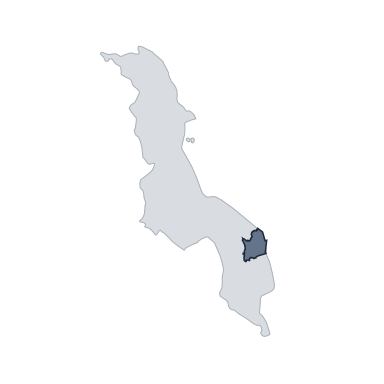 location of Machinga, Machinga, Malawi, rotated 344°
{"feature_id": "42251766B63150381936487", "entity_name": "Machinga", "entity_type": "district", "adm_level": 2, "iso_a3": "MWI", "parent_name": "Malawi", "parent_adm1": "Machinga", "projection": "robinson", "projection_center": [35.39, -14.905], "detail": "fine", "context": "in_parent", "style": "filled", "palette": "slate", "viewbox_px": 384, "rotation_deg": 344, "n_neighbors": 0, "source": "geoboundaries", "source_scale": "gbopen_adm2", "svg_char_len": 6732}
<svg xmlns="http://www.w3.org/2000/svg" viewBox="0 0 384 384"><g transform="rotate(344 192 192)"><path d="M152.7,222.8L150.8,219.9L149.2,220.6L147.0,222.7L145.8,223.3L145.2,223.2L144.8,222.7L144.3,221.3L142.6,217.5L140.6,214.8L138.6,213.7L137.0,212.5L137.7,211.3L138.5,210.4L138.1,209.5L137.2,208.2L133.6,206.3L133.5,205.5L136.7,203.8L138.7,201.9L140.1,200.0L141.8,195.9L143.2,191.8L144.2,190.4L144.6,187.7L144.3,184.7L145.0,180.8L145.3,177.1L144.3,175.6L143.4,173.1L144.4,168.9L146.1,166.0L154.1,163.0L159.7,160.2L160.8,159.0L162.7,156.7L163.8,154.4L163.0,153.7L158.6,153.6L157.6,152.8L154.4,144.7L156.1,135.5L156.2,131.9L156.2,127.4L155.6,124.1L154.2,122.7L153.4,121.0L153.6,116.1L154.9,115.6L157.7,109.2L158.9,105.5L157.4,102.5L155.8,98.2L155.0,95.5L154.6,94.6L155.7,92.9L157.6,91.3L159.7,90.8L161.9,90.1L168.9,82.1L169.0,80.6L167.7,77.9L165.1,73.9L164.5,72.3L164.2,67.5L163.2,66.1L159.3,62.8L156.3,59.4L157.3,56.0L157.8,52.2L156.3,50.1L154.1,48.0L152.7,44.8L152.1,42.5L150.4,41.6L148.8,41.5L147.7,43.0L146.4,42.9L144.9,42.4L144.4,40.3L144.3,38.1L143.3,36.7L142.3,34.6L142.1,33.5L142.8,33.2L144.1,33.0L149.8,37.1L153.2,37.3L157.0,38.1L160.3,41.7L162.0,42.2L164.1,41.7L170.3,41.3L172.8,41.9L175.9,44.0L177.2,44.3L179.2,44.4L179.5,43.8L179.7,42.5L179.4,40.0L179.8,38.6L181.0,37.1L184.4,38.9L192.8,46.8L193.1,47.9L198.4,55.8L200.2,59.1L200.2,60.9L201.8,67.8L202.2,71.0L201.8,73.5L201.9,75.4L202.5,78.3L202.3,79.4L204.2,83.6L205.2,87.1L205.4,90.4L204.8,93.7L203.1,98.6L202.9,100.5L203.2,102.3L204.3,104.2L206.1,106.3L207.5,108.8L208.4,111.7L209.2,113.0L210.2,113.0L212.0,113.4L213.4,115.1L215.1,118.0L215.7,121.3L215.9,122.7L211.1,122.6L205.1,123.2L203.6,124.5L203.2,127.3L201.3,133.3L200.3,135.4L198.0,139.4L194.9,145.0L194.2,146.9L194.3,148.7L196.2,156.4L198.1,164.4L198.8,167.5L200.2,178.1L200.9,185.7L201.0,190.1L201.7,196.0L203.4,199.2L205.2,201.2L212.0,202.4L214.1,203.9L217.9,207.6L226.3,218.1L230.9,224.7L235.0,230.6L242.3,241.4L247.9,249.9L248.6,257.8L249.5,259.0L247.6,264.8L246.4,274.3L247.3,280.6L246.9,291.4L245.9,302.8L244.6,306.9L242.9,308.4L239.0,309.7L230.3,311.1L229.0,312.5L227.9,314.7L226.2,319.9L224.1,325.3L223.5,327.5L223.9,328.1L225.7,330.8L227.6,337.7L227.9,349.6L227.3,350.5L224.7,351.0L222.0,350.8L220.8,350.2L219.8,348.9L219.1,346.3L220.9,344.5L221.5,341.4L220.3,338.8L218.0,338.2L215.1,335.8L208.8,327.8L203.6,322.3L200.5,317.6L197.4,315.8L196.5,314.7L195.8,312.7L195.8,309.9L196.0,307.8L195.1,305.5L191.9,301.9L190.5,299.9L190.4,297.5L191.7,295.2L194.4,292.4L196.4,286.7L197.2,283.0L200.9,275.6L201.5,269.2L201.5,264.1L201.3,260.2L200.3,252.3L199.6,246.9L194.9,239.8L193.4,239.1L189.0,239.7L185.1,240.8L183.2,242.2L180.4,242.3L172.9,243.6L170.5,244.1L169.2,245.4L168.4,245.7L163.7,240.1L159.5,234.2L154.2,224.1L152.7,222.8ZM207.3,144.6L206.0,145.0L205.2,144.2L205.4,142.0L205.8,140.4L207.1,140.2L208.0,140.6L208.6,141.3L208.6,142.5L208.2,143.7L207.3,144.6ZM204.5,140.6L203.8,142.8L202.3,142.8L200.9,140.8L201.3,139.3L202.7,138.9L203.8,139.5L204.5,140.6Z" fill="#d9dde1" stroke="#a8b0b8" stroke-width="1"/><path d="M223.3,271.9L223.4,272.0L223.5,272.1L223.7,272.3L223.7,272.6L223.8,272.7L223.8,272.8L223.8,273.1L224.0,273.2L224.3,273.4L224.5,273.4L224.5,273.5L224.6,273.8L224.8,273.8L224.8,273.7L224.9,273.3L224.9,273.2L225.1,273.0L225.2,272.9L225.3,272.7L225.6,272.6L225.8,272.6L226.2,272.8L227.1,273.1L227.3,273.1L227.5,273.1L227.9,273.1L228.0,273.2L228.2,273.4L228.3,273.7L228.5,273.6L228.5,273.3L228.7,272.6L228.9,272.4L229.0,272.3L229.0,272.0L229.0,271.9L229.3,271.8L229.5,271.8L229.8,271.6L229.9,271.4L230.2,271.7L230.4,271.7L230.5,271.5L230.6,271.4L230.7,271.5L230.8,271.4L230.9,271.5L231.1,271.5L231.4,271.5L231.5,271.5L231.7,271.8L231.9,271.8L232.1,271.9L232.3,272.2L232.5,272.2L232.6,272.3L232.7,272.5L232.8,272.5L232.8,272.8L233.0,273.0L233.2,272.9L233.3,272.9L233.5,273.0L233.8,273.0L233.8,272.9L234.0,273.0L234.1,272.9L234.3,272.9L234.4,272.7L234.5,272.7L234.6,272.8L234.9,272.9L235.0,272.9L234.9,272.7L235.0,272.6L235.4,272.4L235.6,272.3L235.9,272.1L236.1,272.1L237.9,271.6L240.1,271.6L246.1,271.5L245.8,270.3L248.6,263.5L250.5,259.0L248.8,259.0L248.8,258.8L248.8,251.4L248.8,249.9L245.2,245.1L245.0,245.4L244.9,245.5L244.7,245.7L244.6,245.9L244.6,246.0L244.4,246.1L244.5,246.3L244.4,246.4L244.4,246.5L244.2,246.5L243.9,246.6L243.7,246.6L243.5,246.4L243.4,246.5L243.4,246.4L243.3,246.5L243.2,246.5L242.9,246.6L242.9,246.8L242.7,246.7L242.2,246.4L242.1,246.6L241.9,246.4L241.7,246.4L241.4,246.3L241.2,246.3L241.1,246.2L240.9,246.2L240.8,246.3L240.7,246.3L240.6,246.5L240.4,246.4L240.3,246.5L240.2,246.9L240.0,247.0L239.9,247.0L239.8,246.9L239.7,246.7L239.3,246.7L239.1,246.8L239.0,247.0L238.9,247.1L238.7,247.2L238.6,247.3L238.4,247.3L238.2,247.3L238.1,247.5L238.1,247.8L238.1,248.1L237.9,248.4L237.8,248.5L237.7,248.6L237.4,248.8L237.3,249.0L237.2,249.1L237.3,249.5L237.4,250.0L237.5,250.2L237.4,250.4L237.4,250.5L237.4,251.4L237.3,251.5L237.1,251.4L237.0,251.5L237.1,251.8L236.9,251.9L236.8,252.0L236.6,252.2L236.2,252.5L235.9,252.7L235.6,252.7L235.5,252.8L235.5,253.0L235.5,253.3L235.4,253.4L235.3,253.8L235.2,253.8L235.2,254.0L234.9,254.1L234.7,254.2L234.7,254.4L234.5,254.5L234.2,254.7L233.9,254.7L233.9,254.9L233.7,255.0L233.4,254.9L233.2,254.6L233.1,254.4L233.0,254.2L232.9,254.2L232.8,254.3L232.7,254.4L232.4,254.4L232.3,254.5L232.2,254.5L231.8,254.0L231.7,254.0L231.7,253.9L231.5,254.0L231.4,254.1L231.2,254.1L231.0,253.9L230.9,254.0L230.8,253.9L230.7,253.7L230.4,253.4L230.3,253.2L230.2,252.9L229.8,252.6L229.8,252.4L229.7,252.2L229.5,251.9L229.4,251.8L229.3,251.7L229.2,251.5L229.1,251.4L228.9,251.4L228.7,251.2L228.4,251.0L228.2,251.0L228.0,250.7L228.0,251.1L227.9,251.3L227.8,251.5L227.5,252.0L227.1,252.2L227.1,252.3L227.3,252.7L227.4,252.8L227.4,253.1L227.4,253.3L227.5,253.6L227.6,253.9L227.6,254.4L227.6,254.8L227.6,255.2L227.7,255.3L227.9,255.5L228.0,255.7L228.0,256.4L228.0,256.5L227.9,256.7L227.9,256.8L228.0,257.2L228.0,257.4L228.1,257.7L228.3,258.0L228.1,258.3L227.9,258.3L227.8,258.5L227.9,258.9L227.9,259.1L227.9,259.6L227.9,259.8L227.8,260.1L227.6,260.7L227.4,261.2L227.3,261.3L227.2,261.5L227.3,261.7L227.3,261.9L227.2,262.0L226.9,262.2L226.7,262.3L226.6,262.5L226.3,262.9L226.1,263.1L226.0,263.4L225.9,263.5L225.8,264.0L225.8,264.4L225.7,264.4L225.7,264.5L225.7,264.8L225.6,265.0L225.5,265.3L225.1,265.3L224.9,265.3L224.6,265.1L224.2,265.0L224.1,265.3L224.3,265.3L224.4,265.5L224.5,265.5L224.6,265.8L224.8,265.9L224.6,266.3L224.9,266.3L225.0,266.4L225.0,266.7L225.0,266.9L225.0,267.0L224.9,267.3L224.9,267.7L224.7,268.1L224.4,268.4L224.2,268.7L224.1,268.9L223.9,269.0L223.9,269.3L224.0,269.5L224.0,269.8L223.9,270.1L223.7,270.3L223.6,270.6L223.6,270.9L223.5,271.2L223.4,271.4L223.4,271.5L223.3,271.9Z" fill="#64748b" stroke="#1e293b" stroke-width="1.5"/></g></svg>